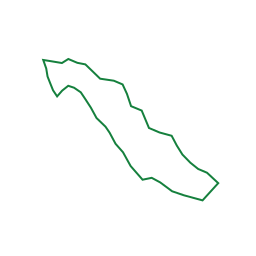 the district of Platanistasa, Nicosia, Cyprus, rotated 293°
{"feature_id": "46923920B38913041590387", "entity_name": "Platanistasa", "entity_type": "district", "adm_level": 2, "iso_a3": "CYP", "parent_name": "Cyprus", "parent_adm1": "Nicosia", "projection": "equal_earth", "projection_center": [33.065, 34.986], "detail": "fine", "context": "isolated", "style": "outline", "palette": "green", "viewbox_px": 256, "rotation_deg": 293, "n_neighbors": 0, "source": "geoboundaries", "source_scale": "gbopen_adm2", "svg_char_len": 678}
<svg xmlns="http://www.w3.org/2000/svg" viewBox="0 0 256 256"><g transform="rotate(293 128 128)"><path d="M168.2,46.1L162.0,41.8L159.2,30.2L157.5,23.4L150.8,29.5L144.0,33.8L139.0,38.7L133.4,44.3L129.4,50.4L136.7,52.8L143.5,56.5L144.0,62.6L142.4,70.6L138.4,76.7L132.2,85.9L124.9,95.1L120.4,106.8L116.5,112.9L108.6,122.7L103.7,132.9L94.0,145.3L86.1,161.6L91.4,169.3L90.5,178.9L87.0,193.3L87.9,205.7L90.5,224.9L112.5,232.6L117.7,218.2L117.7,208.6L120.4,199.0L124.8,188.5L130.9,179.8L137.9,171.2L136.2,158.8L136.2,147.3L149.4,133.8L149.3,122.3L159.0,113.7L166.0,106.0L166.0,96.5L162.5,83.1L169.9,63.9L168.2,55.9L168.2,46.1Z" fill="none" stroke="#15803d" stroke-width="2"/></g></svg>